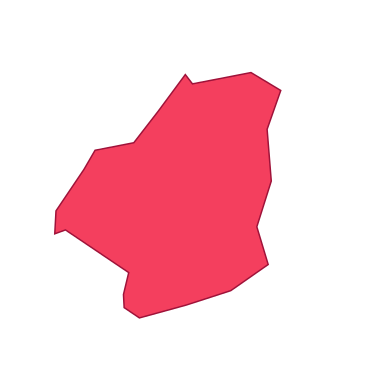 Lomma, Skåne, Sweden, rotated 214°
{"feature_id": "70781695B45241162189836", "entity_name": "Lomma", "entity_type": "district", "adm_level": 2, "iso_a3": "SWE", "parent_name": "Sweden", "parent_adm1": "Skåne", "projection": "mercator", "projection_center": [13.097, 55.727], "detail": "fine", "context": "isolated", "style": "filled", "palette": "rose", "viewbox_px": 384, "rotation_deg": 214, "n_neighbors": 0, "source": "geoboundaries", "source_scale": "gbopen_adm2", "svg_char_len": 449}
<svg xmlns="http://www.w3.org/2000/svg" viewBox="0 0 384 384"><g transform="rotate(214 192 192)"><path d="M88.3,174.5L118.8,199.4L132.4,245.4L164.8,286.0L175.2,325.8L209.9,324.0L233.6,300.3L252.1,281.9L263.2,285.6L265.2,239.8L267.8,200.3L295.7,172.4L294.2,150.3L294.2,100.3L282.4,80.6L275.7,89.8L228.4,89.8L199.4,89.8L191.5,68.7L183.6,58.2L165.2,58.2L133.6,95.0L104.7,131.9L88.3,174.5Z" fill="#f43f5e" stroke="#9f1239" stroke-width="1.5"/></g></svg>